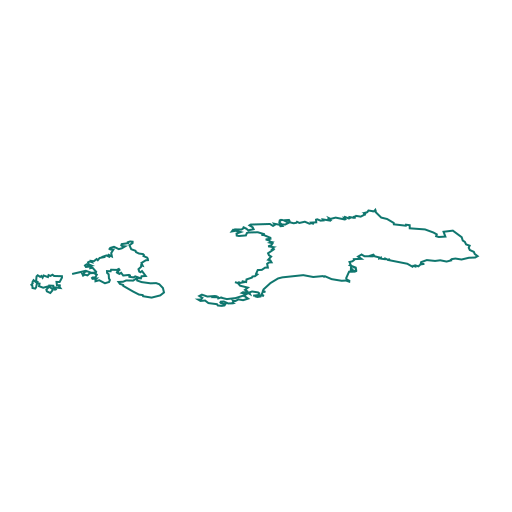 Ørland nor, Sør-Trøndelag, Norway, rotated 6°
{"feature_id": "86288312B48706769721538", "entity_name": "Ørland nor", "entity_type": "district", "adm_level": 2, "iso_a3": "NOR", "parent_name": "Norway", "parent_adm1": "Sør-Trøndelag", "projection": "equal_earth", "projection_center": [9.588, 63.69], "detail": "fine", "context": "isolated", "style": "outline", "palette": "teal", "viewbox_px": 512, "rotation_deg": 6, "n_neighbors": 0, "source": "geoboundaries", "source_scale": "gbopen_adm2", "svg_char_len": 6075}
<svg xmlns="http://www.w3.org/2000/svg" viewBox="0 0 512 512"><g transform="rotate(6 256 256)"><path d="M476.4,233.0L473.3,231.1L472.2,229.1L468.0,227.7L466.7,225.6L467.4,223.4L463.7,222.5L462.2,220.1L460.0,219.0L458.6,215.8L449.1,210.2L440.0,212.3L442.3,216.9L435.8,218.0L433.1,217.5L433.5,215.6L430.0,214.1L421.3,211.9L406.0,212.4L405.6,209.3L401.9,209.2L401.8,210.2L389.8,210.1L389.5,208.7L382.5,205.5L376.5,204.7L370.6,200.0L370.3,198.7L369.6,198.9L370.0,198.3L369.8,197.7L368.6,199.3L363.1,199.0L362.1,200.8L359.7,201.7L360.5,201.9L360.1,203.0L358.7,201.6L359.4,203.7L356.0,205.9L350.6,205.6L351.6,205.8L349.5,206.7L350.1,207.6L349.5,207.8L343.8,207.4L346.3,207.8L344.5,209.0L339.4,207.6L341.6,208.6L339.6,208.7L341.0,210.1L340.5,210.4L331.2,209.5L326.3,211.3L324.8,210.8L325.7,211.8L323.2,211.3L327.0,213.1L318.6,212.6L319.2,213.6L316.5,214.1L313.1,213.1L311.9,213.6L312.4,216.2L308.1,216.9L310.2,218.1L307.8,217.5L305.8,218.3L301.0,216.8L295.7,218.6L293.2,217.7L292.7,218.7L290.1,219.5L285.1,218.8L285.7,217.7L285.0,216.7L279.9,217.6L285.0,219.6L281.7,221.7L278.3,221.9L276.1,220.4L276.2,218.0L278.8,217.4L276.9,217.5L275.9,218.1L275.7,220.3L279.1,223.4L277.2,223.8L276.3,222.5L270.6,222.0L271.5,223.0L269.8,224.3L266.5,222.7L247.4,225.3L246.3,226.2L249.7,227.8L250.8,229.6L245.6,231.3L243.4,229.7L242.8,229.7L241.8,229.1L239.7,228.5L241.4,229.1L238.8,231.2L234.0,231.6L235.7,232.7L230.5,232.3L229.4,234.1L233.3,233.0L238.3,233.8L234.3,235.7L234.7,237.7L236.9,237.9L243.8,236.6L244.5,234.1L246.1,233.4L255.3,232.2L262.4,233.5L259.2,234.5L261.7,234.4L268.4,236.4L268.6,237.3L263.9,238.5L267.8,239.3L268.3,240.3L270.0,240.5L268.5,241.3L271.1,241.7L270.1,243.7L267.1,245.1L272.4,245.4L271.7,245.8L272.6,246.8L271.6,247.6L272.6,247.9L267.7,252.0L268.8,253.9L271.1,255.0L268.5,258.5L270.7,258.8L272.1,260.7L269.5,261.1L267.9,262.6L269.0,266.3L266.3,266.6L263.2,269.2L259.2,269.8L257.9,273.8L259.2,274.2L257.1,276.2L254.6,276.8L254.2,277.9L249.0,280.3L248.9,282.9L244.5,282.5L246.5,283.4L243.2,284.4L241.8,283.9L241.3,284.3L242.5,284.6L241.8,284.9L237.8,284.2L242.1,285.1L241.7,285.7L243.3,287.2L251.2,288.3L248.6,290.8L251.1,292.1L250.7,293.2L246.8,293.4L245.8,294.2L249.6,294.8L249.3,295.8L252.1,293.7L254.0,294.5L253.1,293.0L255.8,291.7L261.9,292.0L263.0,292.7L262.4,294.6L257.3,295.8L260.2,295.2L260.0,296.3L261.7,296.6L264.3,295.9L263.7,294.8L268.0,294.8L265.5,293.6L266.6,290.9L269.1,290.7L266.5,290.0L267.0,288.4L273.2,281.4L280.3,276.0L284.4,274.5L305.0,270.1L315.1,270.9L324.6,269.0L326.6,269.8L325.9,269.2L326.6,268.9L333.6,271.1L343.8,271.7L348.0,271.0L351.4,271.8L351.4,270.9L348.7,269.9L348.0,268.6L350.2,261.9L355.7,261.3L357.9,260.2L351.5,261.3L351.9,259.6L354.3,259.5L351.7,258.7L351.7,256.2L356.1,257.2L356.7,259.2L357.0,259.2L356.4,257.1L350.3,255.4L351.0,254.7L349.6,252.2L352.4,251.2L354.0,249.7L353.7,248.9L361.1,247.8L357.6,245.9L360.6,243.7L360.1,243.2L363.9,244.9L372.4,244.1L372.9,243.7L370.6,243.3L372.6,242.4L374.1,243.9L378.5,244.5L378.7,245.6L380.4,244.5L380.7,245.6L384.6,245.7L384.7,245.0L387.9,246.1L389.3,244.8L388.4,246.2L407.3,247.9L412.8,250.3L413.4,249.3L415.6,249.8L415.5,248.7L418.6,249.3L420.5,247.2L424.3,246.2L422.3,246.6L420.7,245.9L420.9,244.8L426.3,242.2L434.6,242.2L439.7,241.0L446.1,241.6L450.5,240.0L450.2,239.4L451.1,238.6L454.6,237.7L460.8,238.0L467.9,235.5L474.1,234.6L476.4,233.0ZM129.0,258.5L131.9,256.0L131.8,254.7L129.3,254.7L127.1,255.7L127.4,256.6L121.2,258.2L120.9,259.5L121.9,260.1L124.8,260.1L121.7,262.4L118.8,263.5L113.8,261.7L110.2,263.2L109.6,264.3L110.4,264.7L113.5,264.5L111.7,268.2L112.7,271.5L108.5,269.9L111.0,272.4L107.2,271.1L104.0,272.6L104.7,273.1L100.7,274.3L99.1,276.7L97.8,275.7L95.2,278.2L92.7,278.1L93.5,279.3L91.2,278.8L89.6,279.9L90.5,281.8L93.1,282.6L90.8,283.1L88.4,282.0L86.9,283.3L88.0,284.7L93.0,283.6L93.8,284.5L92.6,284.5L92.5,285.4L94.7,284.8L98.7,288.4L98.5,289.2L94.0,289.9L88.2,288.5L75.0,293.1L87.4,288.9L88.9,289.5L87.0,289.6L86.5,291.5L87.3,292.4L85.2,292.1L86.1,293.6L87.7,292.4L90.4,292.9L92.6,290.5L96.4,289.9L99.6,291.2L98.4,294.2L95.8,294.4L95.2,295.0L95.8,295.8L99.7,295.1L98.8,296.1L99.0,297.9L102.6,296.5L108.6,298.9L112.6,297.2L113.2,295.1L112.1,293.7L111.4,289.6L109.7,288.4L109.4,286.6L113.0,286.4L113.3,284.8L119.0,284.4L120.9,283.2L121.7,284.1L120.2,285.5L120.9,286.9L118.6,286.6L121.1,287.8L122.2,288.1L123.6,286.8L126.0,289.3L131.7,288.1L132.7,288.5L132.7,289.4L131.4,289.9L136.4,290.1L138.0,288.9L141.0,289.6L136.4,293.3L129.4,293.9L126.5,295.5L122.0,296.2L123.6,298.0L126.9,298.7L127.1,299.6L137.5,304.2L143.7,306.6L147.4,306.7L147.9,307.8L156.5,308.3L164.9,305.2L168.3,301.9L166.8,297.6L162.8,294.2L159.5,293.4L154.0,294.2L144.9,293.9L140.4,292.8L140.0,291.5L140.7,290.4L143.9,290.3L144.3,288.1L148.4,287.4L144.2,282.9L142.8,284.2L141.5,283.7L140.5,281.4L142.8,278.8L142.8,277.2L144.3,277.5L142.8,274.9L146.8,271.8L149.0,271.4L148.7,270.1L147.9,269.0L144.1,267.8L144.4,266.7L143.4,265.9L139.4,265.8L136.3,264.7L135.6,263.4L131.2,262.3L129.0,258.5ZM57.3,297.0L55.6,295.9L53.6,297.3L51.7,296.7L51.3,298.7L46.8,297.6L46.0,299.9L44.6,298.3L43.5,299.3L40.9,298.0L39.9,299.2L39.9,304.0L42.3,304.9L39.8,305.0L37.3,303.3L36.4,305.4L36.8,306.6L35.6,308.1L36.7,309.0L37.1,311.2L39.8,311.5L40.6,310.1L41.0,306.0L43.6,306.1L43.4,308.7L47.7,309.8L52.5,307.9L53.1,308.7L51.0,311.4L51.7,313.0L55.3,314.3L57.3,311.3L56.9,310.0L53.6,308.2L53.5,307.0L57.5,306.8L57.8,308.7L59.6,310.5L60.4,310.1L59.0,308.3L64.8,308.3L63.1,306.4L64.7,305.5L61.1,305.9L60.3,302.6L63.4,302.4L65.3,297.8L64.9,296.6L66.0,296.3L57.3,297.0ZM249.2,296.0L240.1,300.0L231.5,301.9L225.6,301.1L226.8,300.8L225.4,301.0L222.9,302.1L222.6,301.0L217.8,301.4L218.8,300.3L221.9,300.3L219.3,300.1L211.9,301.4L206.2,300.1L203.8,301.7L207.0,303.2L205.7,305.1L203.1,305.4L205.5,306.5L210.0,305.6L213.6,307.8L222.2,308.0L223.2,309.2L227.1,309.2L229.8,308.5L230.5,307.2L226.2,306.6L225.4,305.9L225.8,305.1L228.7,304.6L233.3,306.1L237.9,305.5L238.4,305.3L237.5,304.9L238.4,303.7L237.8,302.9L240.1,303.0L243.1,301.0L247.8,301.3L252.6,299.2L248.6,297.0L249.2,296.0Z" fill="none" stroke="#0f766e" stroke-width="2"/></g></svg>